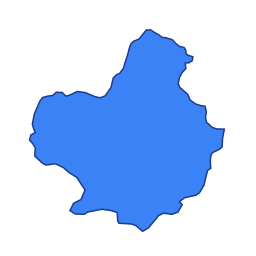 outline of Yeongcheon-si, North Gyeongsang, South Korea, rotated 98°
{"feature_id": "91817680B48235767363306", "entity_name": "Yeongcheon-si", "entity_type": "district", "adm_level": 2, "iso_a3": "KOR", "parent_name": "South Korea", "parent_adm1": "North Gyeongsang", "projection": "natural_earth1", "projection_center": [128.917, 36.001], "detail": "fine", "context": "isolated", "style": "filled", "palette": "blue", "viewbox_px": 256, "rotation_deg": 98, "n_neighbors": 0, "source": "geoboundaries", "source_scale": "gbopen_adm2", "svg_char_len": 1499}
<svg xmlns="http://www.w3.org/2000/svg" viewBox="0 0 256 256"><g transform="rotate(98 128 128)"><path d="M156.4,40.4L151.0,41.6L148.6,41.9L144.3,42.2L140.6,40.9L138.9,38.2L136.3,34.6L133.9,32.2L124.9,32.9L117.2,32.5L115.7,32.4L116.6,40.1L115.6,44.8L113.0,48.5L111.4,51.1L106.7,52.7L101.0,52.7L95.7,54.7L95.7,58.9L94.7,64.7L91.6,70.4L86.3,73.6L80.6,82.4L77.0,84.5L70.7,84.0L66.0,82.4L61.1,79.0L55.5,80.3L55.1,77.0L52.5,73.7L48.4,73.7L47.8,77.7L46.8,80.7L42.8,81.7L40.4,83.7L40.1,88.4L37.4,92.7L34.4,96.4L33.4,102.8L33.4,107.1L31.4,110.5L30.1,114.1L27.7,119.2L28.4,123.5L32.4,125.9L38.4,129.5L41.4,134.6L44.4,136.9L45.9,137.2L49.4,137.9L55.8,138.6L63.1,139.9L69.5,140.9L75.1,143.9L77.1,147.0L80.5,149.6L90.0,150.4L99.4,155.1L102.0,159.9L101.5,165.1L99.9,171.4L98.9,175.0L98.9,183.4L103.5,190.2L105.1,193.9L102.0,198.1L102.5,203.9L106.2,207.0L107.7,212.2L109.8,217.0L114.0,219.1L127.0,222.7L137.5,223.3L142.2,221.2L145.3,219.1L148.5,223.3L149.0,223.3L153.7,223.8L156.8,220.1L160.5,217.0L168.7,216.5L174.6,208.1L176.1,203.9L173.5,195.0L176.1,186.6L180.3,180.3L184.0,171.9L195.4,161.9L205.4,164.6L210.1,171.4L217.9,174.0L220.5,168.2L219.5,159.3L216.8,156.2L212.1,142.6L212.1,133.7L213.2,126.9L221.5,125.3L223.6,123.7L223.1,118.0L222.6,111.2L223.6,106.5L228.3,99.2L224.1,93.9L214.2,87.7L210.5,85.6L207.4,80.9L207.4,72.5L204.3,66.8L196.4,63.6L193.8,66.8L189.1,62.1L188.1,59.4L185.0,51.1L181.8,48.0L174.0,44.8L168.3,44.3L158.9,43.3L156.4,40.4Z" fill="#3b82f6" stroke="#1e3a8a" stroke-width="1.5"/></g></svg>